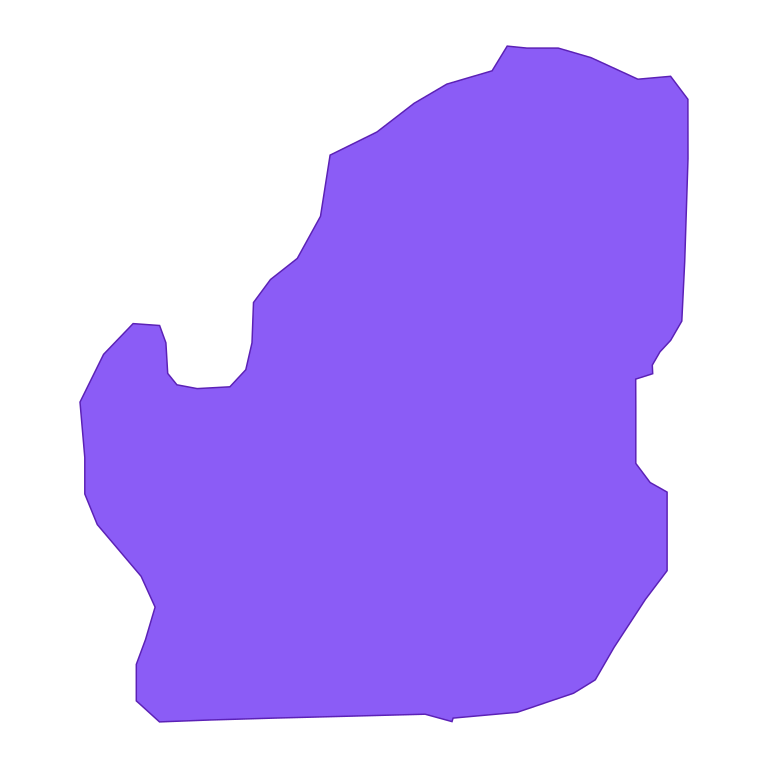 the border of Zelenikovo
{"feature_id": "MKD-2917", "entity_name": "Zelenikovo", "entity_type": "Statistical Region", "adm_level": 1, "iso_a3": "MKD", "parent_name": "North Macedonia", "parent_adm1": "", "projection": "robinson", "projection_center": [21.557, 41.818], "detail": "fine", "context": "isolated", "style": "filled", "palette": "violet", "viewbox_px": 768, "rotation_deg": 0, "n_neighbors": 0, "source": "natural_earth", "source_scale": "10m", "svg_char_len": 887}
<svg xmlns="http://www.w3.org/2000/svg" viewBox="0 0 768 768"><path d="M159.5,721.9L138.9,703.2L136.3,700.9L136.3,664.4L145.5,639.6L155.1,607.1L141.1,576.3L97.3,524.6L84.8,494.0L84.8,457.6L80.0,402.1L103.6,354.3L133.1,323.6L159.6,325.5L165.9,342.8L167.7,373.4L176.9,384.8L197.2,388.6L229.9,386.8L245.8,369.7L252.0,342.8L253.5,302.5L270.5,279.5L297.3,258.4L320.5,216.3L330.1,155.1L376.9,132.0L414.1,103.3L446.8,84.1L492.1,70.8L507.2,46.1L527.1,48.1L558.3,48.1L591.1,57.7L637.9,79.2L670.6,76.3L687.9,99.3L688.0,158.6L684.7,261.9L681.8,321.1L670.7,340.3L660.0,351.8L652.3,365.1L652.7,373.7L635.7,379.1L635.8,407.8L635.8,442.3L635.8,463.4L650.1,482.5L667.1,492.1L667.1,516.9L667.1,570.7L645.4,599.4L614.1,647.3L595.3,679.8L573.6,693.2L517.2,712.3L453.1,718.1L452.0,721.6L425.1,714.2L348.5,716.2L273.7,718.1L209.6,720.0L159.5,721.9Z" fill="#8b5cf6" stroke="#5b21b6" stroke-width="1.5"/></svg>